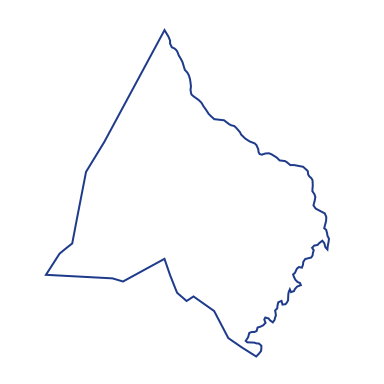 São João da Serra, Piauí, Brazil (Albers equal-area conic projection), rotated 94°
{"feature_id": "56859067B35115025171603", "entity_name": "São João da Serra", "entity_type": "district", "adm_level": 2, "iso_a3": "BRA", "parent_name": "Brazil", "parent_adm1": "Piauí", "projection": "albers", "projection_center": [-41.863, -5.546], "detail": "fine", "context": "isolated", "style": "outline", "palette": "blue", "viewbox_px": 384, "rotation_deg": 94, "n_neighbors": 0, "source": "geoboundaries", "source_scale": "gbopen_adm2", "svg_char_len": 2157}
<svg xmlns="http://www.w3.org/2000/svg" viewBox="0 0 384 384"><g transform="rotate(94 192 192)"><path d="M32.4,230.7L126.3,273.1L148.4,283.1L179.3,299.1L229.8,305.3L251.7,307.9L256.2,312.9L262.7,319.8L284.8,331.9L283.7,265.3L286.1,254.6L267.9,226.2L260.6,214.8L276.4,208.1L290.8,201.2L293.6,199.8L301.1,189.8L296.1,183.2L309.2,161.6L335.2,145.6L343.7,131.2L351.6,116.5L349.6,114.8L347.7,113.3L345.9,112.1L343.6,111.9L340.5,112.1L338.5,114.7L338.5,117.3L337.9,119.4L338.0,122.7L338.1,126.4L336.8,128.0L333.0,125.9L328.6,125.0L327.4,122.5L327.3,120.0L326.2,117.9L322.6,117.1L321.6,114.4L320.1,111.8L317.4,109.5L314.2,111.0L312.1,110.1L312.8,106.8L314.6,105.2L316.4,102.3L313.8,100.7L311.7,100.4L309.3,99.7L306.7,100.2L304.4,100.8L302.2,98.9L298.7,98.7L296.0,98.2L294.4,95.1L298.0,93.9L297.4,90.9L295.6,89.6L293.3,88.6L290.6,88.7L288.0,88.8L285.2,88.6L282.3,87.6L285.0,86.2L283.7,83.3L281.6,82.6L279.0,80.5L277.3,76.9L275.2,78.0L274.5,80.3L272.3,82.8L269.5,84.4L267.2,85.4L265.4,83.6L263.2,82.8L261.2,82.0L259.4,80.2L259.8,77.1L256.8,76.2L253.9,76.1L251.0,74.4L250.0,71.5L249.1,68.6L247.0,67.3L244.2,67.1L241.6,66.5L239.3,68.3L236.9,66.3L236.1,63.1L234.1,61.5L231.5,58.6L233.8,56.5L237.9,55.0L239.9,52.9L236.5,52.8L232.4,52.3L229.1,52.1L226.2,53.8L223.7,54.4L220.4,55.5L218.9,57.6L215.2,56.9L211.5,56.2L207.6,56.3L204.1,58.0L201.7,63.5L199.9,67.5L196.9,69.9L192.0,69.0L188.4,68.6L185.9,69.6L182.7,72.0L176.8,72.0L171.8,72.6L169.8,74.0L168.3,76.0L166.5,77.3L163.0,78.0L159.1,82.9L158.0,92.1L158.3,95.8L155.7,99.4L154.7,101.3L154.5,104.2L154.4,106.8L151.7,109.9L148.8,115.4L148.0,117.9L148.5,121.6L149.9,124.9L149.4,127.2L147.5,128.4L144.7,128.9L140.7,131.0L139.1,132.9L137.6,137.9L135.0,142.6L131.2,147.1L129.1,148.2L124.7,152.6L123.2,154.5L122.7,157.6L121.7,159.8L118.2,165.1L117.8,174.9L114.6,178.9L112.8,180.9L108.7,184.0L105.3,186.8L102.4,188.7L99.8,191.7L96.5,197.1L94.7,199.4L92.4,200.1L90.0,200.6L86.7,200.4L83.1,201.1L79.4,201.9L75.8,203.3L73.3,204.9L70.6,207.7L66.4,209.3L63.0,210.6L59.7,212.6L56.9,214.6L53.1,216.4L51.4,217.7L50.1,219.4L49.0,222.3L45.3,224.3L42.6,224.4L38.7,226.3L32.4,230.7Z" fill="none" stroke="#1e3a8a" stroke-width="2"/></g></svg>